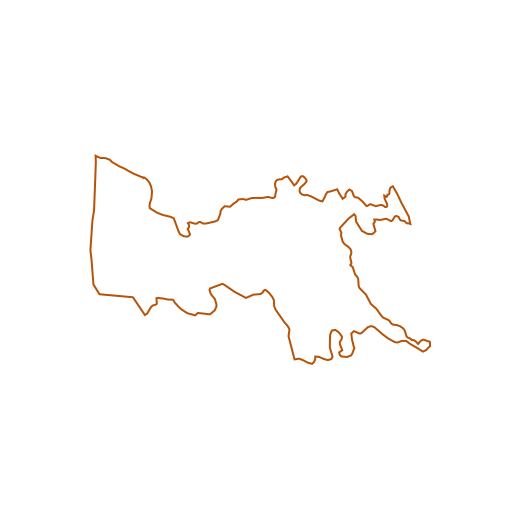 Mahagi, Orientale, Democratic Republic of the Congo, rotated 148°
{"feature_id": "63176286B15680618396169", "entity_name": "Mahagi", "entity_type": "district", "adm_level": 2, "iso_a3": "COD", "parent_name": "Democratic Republic of the Congo", "parent_adm1": "Orientale", "projection": "natural_earth1", "projection_center": [30.592, 2.325], "detail": "fine", "context": "isolated", "style": "outline", "palette": "amber", "viewbox_px": 512, "rotation_deg": 148, "n_neighbors": 0, "source": "geoboundaries", "source_scale": "gbopen_adm2", "svg_char_len": 5145}
<svg xmlns="http://www.w3.org/2000/svg" viewBox="0 0 512 512"><g transform="rotate(148 256 256)"><path d="M108.1,201.4L107.9,202.2L107.7,202.7L105.5,208.6L104.5,223.9L103.3,234.1L103.0,242.6L103.9,242.6L105.7,242.7L107.7,241.2L109.9,238.2L111.0,237.9L112.0,238.3L113.4,237.0L114.2,237.1L115.2,239.2L115.7,238.2L116.6,236.3L117.3,230.3L118.4,228.7L119.5,228.5L120.1,228.8L120.4,229.0L120.5,229.1L121.3,231.1L122.3,232.6L124.2,233.6L128.0,234.7L131.3,239.1L132.1,239.5L132.6,239.5L133.9,239.5L134.7,239.4L135.8,239.8L136.9,246.2L138.6,251.5L140.7,253.1L141.3,255.2L141.2,255.5L140.7,257.7L140.2,260.2L141.6,262.9L142.9,262.7L144.7,262.3L147.4,260.9L148.8,258.8L152.2,258.6L152.2,261.2L152.3,264.0L152.3,264.5L152.3,264.8L151.8,269.5L159.6,271.6L161.3,272.4L163.8,271.4L166.6,269.5L170.7,267.1L171.5,267.9L173.0,269.4L175.7,274.0L177.3,276.7L177.6,277.3L180.5,280.9L180.6,281.0L182.3,281.5L184.5,283.9L184.6,284.5L185.1,286.3L184.6,288.0L184.0,288.8L183.1,289.9L182.3,290.3L182.0,290.5L176.8,291.4L174.1,292.2L173.3,292.9L172.9,294.0L173.0,295.6L173.6,298.4L175.2,299.6L177.1,299.2L178.6,298.3L183.4,296.0L186.2,295.7L186.4,299.0L187.0,306.8L188.0,307.0L191.1,307.8L191.5,307.7L192.3,307.4L193.5,307.5L194.3,307.9L195.7,308.7L196.7,309.0L197.9,309.3L199.5,309.0L201.7,307.1L203.0,304.4L203.4,301.5L206.7,298.2L208.5,296.1L210.4,295.9L212.4,297.4L214.3,299.6L216.9,300.7L220.1,302.0L228.5,307.3L234.7,308.9L236.2,310.7L238.4,312.1L241.2,313.3L242.7,312.5L247.3,312.3L251.8,311.5L256.2,314.8L259.8,314.1L261.8,313.2L263.8,310.8L269.2,306.7L270.4,306.7L272.8,307.1L281.1,310.0L283.7,311.6L285.3,314.5L286.6,315.0L289.2,314.9L290.6,315.7L294.1,319.6L296.3,320.0L296.4,317.8L297.4,316.0L299.7,315.0L299.8,313.1L300.5,309.3L302.5,308.6L304.4,309.0L307.0,311.3L308.9,314.8L308.6,317.8L307.8,322.0L307.4,323.6L305.8,331.4L305.9,331.6L307.3,334.0L310.3,337.2L312.4,339.2L314.3,341.5L317.1,345.4L320.7,352.8L319.7,355.1L318.0,357.0L314.2,360.2L310.0,365.8L308.0,371.0L307.8,372.9L307.5,375.2L308.1,379.2L309.3,381.8L309.5,381.8L309.4,381.9L311.4,383.8L312.6,385.7L315.9,390.2L317.1,392.3L319.2,395.9L320.8,399.1L322.4,401.6L324.5,404.6L325.7,407.1L328.3,411.9L328.9,414.9L331.4,418.3L333.0,419.7L335.7,421.3L337.3,423.3L338.9,426.0L342.0,420.6L351.1,407.1L367.2,383.4L368.8,381.0L371.6,377.7L375.6,373.2L393.4,348.6L397.4,340.1L409.0,317.9L409.0,316.4L409.0,315.0L409.0,314.2L409.0,306.5L384.7,288.1L382.5,286.4L382.2,285.5L381.5,264.8L379.1,264.8L377.1,265.7L375.5,266.6L371.9,268.4L369.8,268.7L366.2,267.8L365.4,268.1L362.8,272.9L362.0,272.9L356.8,268.7L353.7,265.7L350.4,263.5L350.1,263.3L349.5,262.7L349.5,261.2L349.5,258.5L349.0,257.0L348.8,254.9L347.7,250.7L344.6,243.9L339.0,237.9L335.5,238.5L325.9,230.9L319.7,231.8L316.3,234.2L315.3,235.7L313.7,241.1L314.5,247.7L313.5,251.6L313.0,252.2L311.9,252.8L310.6,252.5L300.2,250.4L298.9,249.8L297.7,247.4L293.0,236.6L289.1,230.0L286.8,225.8L278.7,224.6L272.7,221.5L271.4,221.3L269.9,221.5L267.8,222.4L267.8,222.5L266.3,222.5L265.7,221.8L264.4,217.6L264.2,215.2L263.9,212.8L264.2,209.2L267.3,203.5L267.8,199.9L267.0,184.3L266.3,180.4L266.3,178.6L266.3,177.1L266.8,175.6L270.9,170.8L278.1,147.9L273.8,146.1L270.9,142.1L268.7,138.2L267.6,137.0L265.6,134.8L262.8,135.4L260.5,137.1L259.0,139.3L256.0,137.0L253.1,132.8L250.2,129.6L246.6,128.7L244.5,130.0L241.9,139.2L238.7,144.3L234.6,150.2L231.1,152.6L227.9,151.3L226.3,147.7L225.9,144.2L225.9,141.7L227.8,139.9L230.5,138.6L231.5,137.1L232.8,130.4L235.0,130.3L236.5,130.2L237.3,128.1L237.0,125.8L234.8,124.0L232.1,122.0L229.0,121.5L228.1,121.3L226.4,122.0L221.8,125.5L221.3,125.9L221.1,127.4L218.8,134.4L216.3,139.7L212.8,140.4L211.7,138.9L209.3,135.4L207.8,134.7L198.6,136.4L195.3,135.4L193.4,133.1L191.8,128.0L190.0,122.1L187.5,115.8L183.8,109.2L181.5,107.5L177.4,106.8L173.7,104.4L171.7,99.4L170.2,96.6L167.5,91.5L165.2,86.5L161.4,86.0L158.9,86.8L156.2,87.3L154.0,91.1L158.5,96.5L161.1,96.7L161.6,96.7L165.1,95.5L165.7,98.6L166.6,100.9L168.4,102.2L168.7,103.4L168.8,104.0L169.9,105.6L170.7,106.8L170.9,108.0L169.4,114.1L169.5,116.5L170.0,117.7L170.9,119.8L172.8,122.4L174.7,124.0L176.2,125.3L177.1,127.2L177.1,128.8L177.2,130.5L177.4,130.9L177.7,131.7L180.7,136.1L181.3,138.2L181.9,147.5L184.0,154.3L183.2,165.0L184.4,170.4L184.9,172.7L185.0,173.1L185.2,173.9L185.0,175.1L184.7,176.5L182.1,181.2L181.7,181.9L181.2,184.2L181.7,187.8L181.7,188.1L181.6,188.3L179.9,195.3L180.8,198.4L180.2,198.6L179.6,198.8L179.1,199.2L178.7,199.6L177.0,204.6L176.0,206.1L175.0,206.7L174.5,207.0L174.2,207.4L173.0,208.8L172.6,210.3L172.2,211.7L172.8,214.7L174.6,219.0L174.8,220.6L174.8,221.0L174.8,222.5L174.1,224.7L173.1,228.3L171.2,230.6L170.9,234.3L170.2,235.2L169.1,235.6L163.5,237.1L157.5,238.7L150.6,239.4L150.4,237.1L152.9,232.3L152.9,221.2L149.9,215.9L146.1,213.0L143.5,213.2L141.5,213.8L139.4,221.1L137.1,222.0L136.4,224.2L133.7,222.6L133.3,222.2L131.6,220.7L131.4,220.7L126.1,218.7L125.9,218.6L125.4,217.9L125.2,217.6L122.9,213.9L121.5,213.9L119.2,215.0L117.7,215.8L116.5,215.9L115.2,215.0L114.3,213.2L114.7,210.9L114.2,209.3L111.4,206.7L111.2,205.6L111.1,204.7L110.7,204.0L110.3,203.4L109.1,202.6L108.1,201.4Z" fill="none" stroke="#b45309" stroke-width="2"/></g></svg>